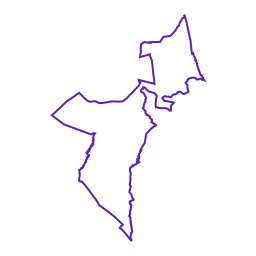 outline of San Jerónimo Sosola, Oaxaca, Mexico
{"feature_id": "50627088B57913149693719", "entity_name": "San Jerónimo Sosola", "entity_type": "district", "adm_level": 2, "iso_a3": "MEX", "parent_name": "Mexico", "parent_adm1": "Oaxaca", "projection": "mercator", "projection_center": [-97.021, 17.384], "detail": "fine", "context": "isolated", "style": "outline", "palette": "violet", "viewbox_px": 256, "rotation_deg": 0, "n_neighbors": 0, "source": "geoboundaries", "source_scale": "gbopen_adm2", "svg_char_len": 5824}
<svg xmlns="http://www.w3.org/2000/svg" viewBox="0 0 256 256"><path d="M140.1,57.1L149.8,54.3L149.6,54.9L151.8,60.3L152.5,65.9L153.2,73.3L154.2,80.2L154.4,83.9L152.4,83.3L138.7,79.9L139.3,82.1L140.3,82.5L138.7,85.9L130.9,93.9L129.8,94.9L126.8,98.2L122.6,101.5L118.8,101.6L112.1,101.4L106.5,102.3L103.8,102.8L101.7,103.0L99.6,103.2L95.1,101.2L92.9,101.5L89.6,101.7L86.5,100.2L79.2,92.8L66.1,101.9L59.4,108.5L57.4,110.1L54.8,112.8L51.8,115.3L64.0,124.4L89.9,134.0L91.4,134.4L93.1,133.2L95.0,133.4L93.8,135.1L93.3,137.3L93.0,137.7L93.6,138.9L93.7,139.3L93.5,139.6L93.1,139.8L93.0,140.0L93.5,140.6L93.4,140.9L93.1,141.0L93.4,141.3L93.3,142.8L93.0,143.1L92.6,143.1L92.3,144.2L93.1,144.4L92.5,145.6L91.8,145.4L91.5,145.9L91.0,145.8L90.5,147.2L90.9,147.6L90.3,147.9L89.9,148.4L89.7,149.1L88.8,149.2L88.6,149.7L89.6,150.1L89.1,151.0L88.3,151.3L87.7,151.3L87.3,151.6L87.4,151.9L87.0,152.3L87.8,152.6L87.5,153.0L87.0,153.0L87.4,153.5L87.4,153.9L88.1,154.6L88.1,155.1L88.9,155.1L88.7,155.7L88.3,156.1L88.6,156.4L88.2,156.8L87.7,156.9L87.5,157.5L86.7,157.5L87.1,158.8L86.7,159.1L86.6,159.6L85.8,160.6L86.1,161.2L86.0,162.0L85.0,162.6L84.2,164.7L83.9,164.9L83.7,165.7L83.2,165.7L83.1,166.3L82.9,166.5L83.0,167.3L82.7,167.5L82.5,168.2L81.3,168.1L81.1,168.6L80.9,168.8L80.5,169.3L80.1,169.6L79.7,170.1L79.3,170.0L79.4,172.2L79.5,172.8L79.8,173.2L79.8,173.9L79.2,180.0L79.0,180.5L79.4,181.1L79.8,181.4L80.4,181.6L81.0,181.6L81.7,181.4L85.7,186.0L88.0,188.9L93.5,196.5L95.8,199.4L99.5,205.3L114.3,216.5L122.8,224.7L120.6,226.7L119.8,227.9L121.7,229.3L126.4,234.6L131.1,240.6L131.4,240.5L131.4,240.3L131.3,239.7L131.3,239.2L131.0,238.6L130.4,238.0L130.4,237.6L130.5,236.5L130.9,235.4L130.8,235.1L131.2,234.2L131.2,233.0L131.5,232.8L132.3,231.7L132.1,231.0L132.1,230.3L131.6,229.5L131.8,228.4L131.6,227.9L131.5,226.3L131.3,226.1L131.3,225.3L131.1,225.1L131.1,224.0L130.7,223.5L130.5,222.7L130.6,222.0L130.9,221.6L130.7,221.1L130.4,220.4L130.6,220.0L130.5,218.8L130.2,218.1L130.3,217.3L129.8,216.5L129.2,216.2L129.2,215.7L129.6,215.2L129.7,214.5L130.0,214.3L130.2,213.2L130.0,212.7L130.2,212.1L129.9,211.0L130.6,209.8L130.6,209.5L130.8,209.0L130.6,208.3L131.0,207.0L130.9,206.1L131.1,205.7L130.8,205.6L130.5,204.9L130.9,204.7L130.8,204.4L130.5,204.2L130.7,203.9L130.2,203.6L130.1,203.1L129.7,202.8L129.7,201.7L131.0,200.7L131.5,200.9L131.7,200.7L132.8,199.9L133.1,200.1L133.3,200.1L133.4,199.9L133.7,199.6L133.3,198.9L133.1,198.8L132.4,197.6L131.7,196.0L131.5,195.1L131.3,194.5L130.7,193.8L130.4,193.5L129.5,192.5L129.4,192.1L129.5,191.1L129.8,190.1L129.7,190.0L130.3,188.6L130.4,187.3L130.5,186.7L130.4,186.5L130.5,186.2L130.3,186.2L129.9,185.4L129.9,184.7L129.7,184.2L129.8,183.9L130.0,183.5L129.9,183.4L130.0,183.2L130.0,182.7L130.3,181.8L130.1,181.6L130.2,181.3L130.3,181.0L130.2,180.8L130.5,179.3L130.3,177.3L130.4,176.9L130.3,176.0L130.8,174.8L130.7,173.1L130.5,172.5L130.1,172.0L130.2,171.6L129.8,171.0L129.8,170.5L129.9,170.4L130.0,169.5L129.9,169.3L130.0,169.1L129.8,168.8L129.9,168.6L130.0,168.6L130.3,167.5L130.7,167.3L130.9,167.2L131.3,167.3L131.8,166.8L132.3,165.7L132.5,165.8L132.9,165.5L133.0,165.6L133.1,165.2L134.1,165.4L134.5,164.9L135.1,164.4L135.9,164.2L136.3,163.9L137.0,163.5L136.6,163.4L136.7,163.2L138.0,162.6L138.5,162.2L138.8,162.5L139.3,162.1L139.0,161.8L138.9,161.4L138.4,161.0L138.2,160.4L137.1,160.8L137.4,159.7L137.2,159.0L139.0,158.6L139.1,157.0L139.4,156.9L139.3,156.5L139.0,156.6L138.2,156.5L139.0,155.4L139.1,153.7L139.9,152.9L140.2,151.6L140.8,151.2L141.2,150.4L140.5,150.1L140.9,149.5L141.3,149.6L141.2,149.0L141.6,147.7L144.8,142.9L146.2,133.9L149.3,130.7L151.1,128.6L155.5,125.7L156.0,125.3L155.5,124.6L154.9,124.6L154.3,124.3L154.2,123.8L153.3,123.1L152.6,123.1L152.1,122.4L151.5,122.1L152.0,121.5L152.1,121.3L151.7,120.9L151.7,120.7L151.9,119.6L151.7,119.3L151.3,119.2L151.0,118.9L150.0,118.1L149.9,118.0L150.1,117.4L150.1,116.8L149.1,116.2L148.8,115.9L148.6,115.4L148.2,115.0L147.5,115.2L146.6,114.9L146.4,114.1L145.5,113.0L145.4,112.5L145.6,111.5L144.8,110.5L144.4,110.1L143.8,109.1L142.9,108.4L142.9,108.1L143.8,106.9L143.7,105.3L144.3,103.7L144.9,102.1L145.6,101.3L145.2,100.2L146.1,97.7L143.6,93.1L141.1,91.6L141.3,89.8L142.3,88.8L142.7,88.9L143.3,88.6L143.2,87.3L144.5,87.4L145.3,87.9L146.2,89.2L147.5,90.4L148.3,90.9L149.3,91.7L150.6,91.9L153.4,92.9L154.2,92.9L156.8,95.7L155.9,99.9L155.6,104.6L155.9,107.3L156.4,107.1L156.9,107.2L158.2,107.8L159.5,108.0L166.1,108.2L167.9,109.0L169.2,110.3L170.2,110.9L170.7,111.0L170.8,111.3L171.0,105.8L171.1,105.5L173.7,102.9L173.3,102.3L164.3,100.8L162.3,98.2L163.3,96.9L165.2,96.2L167.4,96.7L168.4,96.5L169.6,96.8L169.9,97.1L170.6,97.1L171.1,97.0L171.7,96.4L172.2,95.6L172.7,95.1L173.3,94.7L173.9,94.4L174.2,94.6L174.8,94.5L176.1,94.0L176.5,93.8L176.7,93.5L177.9,92.0L179.1,91.6L180.1,91.8L181.1,92.2L181.9,92.9L182.8,93.7L183.5,93.9L184.4,93.9L188.4,91.8L188.2,90.2L188.0,89.9L187.8,89.3L187.5,88.5L187.4,87.7L187.3,87.1L187.5,86.3L187.5,85.4L187.0,84.5L185.6,82.9L187.4,80.6L187.6,79.7L188.0,79.1L189.2,78.5L190.7,78.1L191.8,77.7L193.4,77.6L195.2,78.0L196.2,78.8L197.0,79.6L198.7,79.3L200.2,78.8L200.7,78.8L201.3,79.4L202.0,79.7L203.3,79.8L204.2,80.2L203.3,78.9L203.2,78.0L203.0,77.9L202.8,77.4L202.6,77.4L202.1,76.8L201.7,75.4L201.3,75.0L200.6,75.1L197.2,65.1L197.2,63.8L196.0,61.0L195.3,60.4L196.0,60.0L193.7,55.4L193.2,53.2L192.1,53.8L191.6,51.2L190.5,40.3L189.8,37.8L186.7,22.9L184.6,15.4L184.2,15.6L184.4,16.3L184.6,16.5L184.6,17.0L184.3,17.5L182.8,18.0L182.4,18.3L182.1,18.7L181.6,20.2L180.3,21.8L179.6,23.2L179.1,25.7L178.0,26.4L177.4,26.8L176.9,27.8L176.4,29.0L176.1,29.4L175.1,30.9L170.4,35.9L163.3,36.9L160.1,41.9L155.9,42.0L152.0,41.9L151.3,42.7L150.6,42.8L150.5,42.3L149.4,41.9L149.1,42.6L149.1,42.8L147.1,42.6L145.3,42.1L144.3,42.0L142.6,43.4L141.2,44.0L140.6,48.2L140.8,51.8L140.1,57.1Z" fill="none" stroke="#5b21b6" stroke-width="2"/></svg>